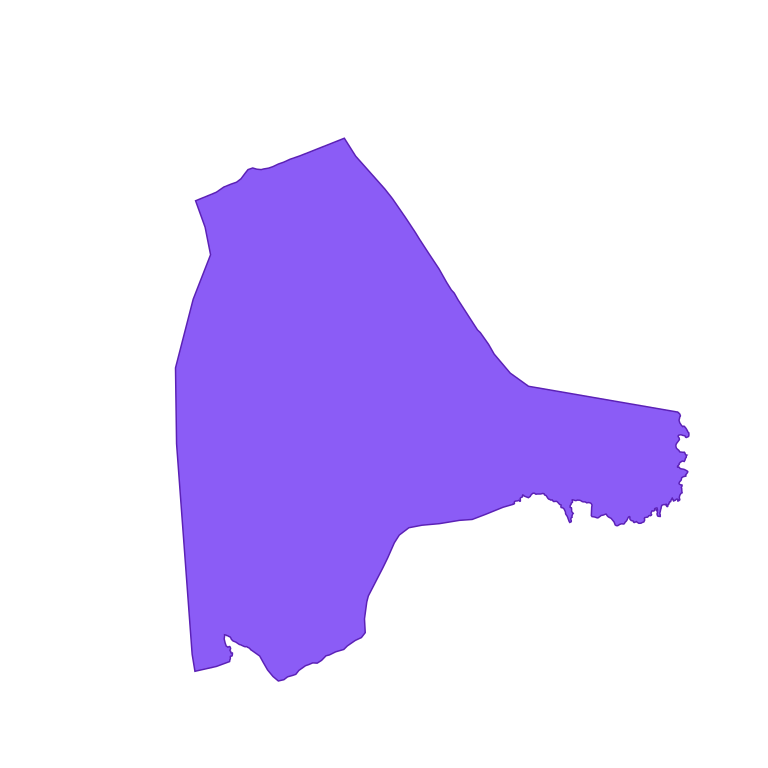 Yahukimo, Papua, Indonesia, rotated 71°
{"feature_id": "22746128B87177062694316", "entity_name": "Yahukimo", "entity_type": "district", "adm_level": 2, "iso_a3": "IDN", "parent_name": "Indonesia", "parent_adm1": "Papua", "projection": "albers", "projection_center": [140.01, -4.389], "detail": "fine", "context": "isolated", "style": "filled", "palette": "violet", "viewbox_px": 768, "rotation_deg": 71, "n_neighbors": 0, "source": "geoboundaries", "source_scale": "gbopen_adm2", "svg_char_len": 6158}
<svg xmlns="http://www.w3.org/2000/svg" viewBox="0 0 768 768"><g transform="rotate(71 384 384)"><path d="M373.0,599.6L577.1,653.4L594.1,656.3L596.5,634.3L596.2,620.4L595.5,619.9L594.7,619.7L594.0,618.9L593.2,618.5L592.2,618.3L591.5,617.9L591.4,617.5L591.7,616.6L591.6,616.2L590.8,615.6L589.1,614.9L588.8,615.1L588.8,615.8L588.6,616.1L588.2,616.2L586.8,616.0L586.0,616.5L585.5,616.3L584.7,615.5L584.1,615.1L582.8,615.1L582.1,615.3L581.8,615.8L582.1,617.3L581.1,617.9L580.5,618.5L576.9,618.5L573.0,618.1L570.0,616.6L569.2,616.4L570.0,615.0L570.5,614.8L571.0,613.9L572.1,613.0L573.0,611.9L574.4,611.5L575.4,611.5L577.4,610.7L578.2,610.0L579.7,608.2L583.2,605.6L584.1,604.2L584.7,603.7L586.7,601.6L587.3,600.7L587.4,599.8L587.7,599.2L588.5,598.8L589.2,597.9L590.3,597.1L592.1,596.4L592.9,595.7L600.7,590.1L607.5,588.9L616.4,587.2L624.4,584.2L630.4,580.6L631.0,574.9L629.5,570.5L629.8,565.4L629.8,561.9L627.1,557.7L624.8,549.9L624.8,546.4L624.5,542.2L626.2,538.0L625.0,533.0L622.1,527.3L622.4,523.8L621.5,516.9L621.9,508.4L619.7,503.9L617.1,494.6L616.4,487.9L613.0,482.7L599.7,478.9L584.4,471.2L579.3,467.8L557.2,444.7L549.7,437.2L537.5,425.9L531.8,418.7L528.0,407.3L529.9,394.0L534.1,377.0L537.5,357.0L540.8,344.7L540.3,330.0L539.3,311.5L539.8,301.7L539.5,301.2L539.7,300.7L539.8,300.7L539.8,300.3L539.5,299.6L538.1,299.3L537.7,298.7L537.5,298.0L538.0,295.6L537.9,294.4L538.0,294.2L539.1,293.8L539.2,293.5L539.1,293.2L538.1,292.8L536.6,292.5L536.1,292.0L535.8,289.9L535.5,289.7L534.4,289.3L534.1,288.9L534.7,288.2L535.6,287.9L538.5,284.5L537.9,282.4L536.9,281.3L535.8,279.1L536.0,277.8L536.5,277.1L537.2,276.7L537.7,276.2L537.9,274.9L539.0,271.7L539.2,269.4L540.0,268.3L540.7,268.4L541.4,268.1L541.9,267.3L542.7,266.9L545.3,266.3L546.4,265.8L546.9,265.3L547.1,264.8L547.7,264.4L548.2,263.9L548.2,263.1L548.5,262.6L549.7,262.3L550.4,261.8L550.9,259.7L551.2,259.0L552.0,258.4L555.1,257.1L555.9,256.0L556.7,256.2L557.8,256.8L558.6,256.6L558.9,255.8L559.6,255.1L560.4,254.6L561.2,254.4L563.9,254.1L564.9,254.3L565.6,254.5L566.3,254.5L569.0,253.8L574.3,253.7L575.4,253.4L575.2,251.9L574.8,251.6L574.1,251.4L572.6,251.4L572.1,251.1L571.3,250.2L571.3,249.6L569.9,249.2L568.4,248.0L568.0,247.2L565.6,248.1L563.3,247.3L562.0,247.1L561.7,247.7L560.9,248.2L560.1,247.7L559.4,247.5L559.1,246.8L558.6,246.2L558.0,246.0L557.5,245.6L557.4,244.6L556.9,244.1L555.3,244.0L554.8,243.7L555.0,243.1L556.5,241.1L556.8,240.1L556.7,239.0L557.6,236.8L558.6,235.7L559.7,234.9L560.3,234.0L560.7,232.8L561.1,232.0L562.4,231.0L562.6,229.4L563.4,227.9L564.3,227.1L565.4,226.8L566.4,226.8L568.0,227.7L575.9,230.8L577.1,230.5L578.2,228.3L580.0,226.0L580.2,225.3L580.1,224.4L579.7,223.6L579.5,222.6L579.0,221.6L579.3,219.4L579.2,216.6L579.6,216.1L580.9,216.0L582.1,215.5L583.0,214.9L585.0,213.0L589.3,211.4L592.5,211.3L593.4,210.6L593.9,209.8L594.0,209.0L593.5,206.8L593.5,205.1L593.7,204.4L594.3,203.4L594.4,202.5L594.1,202.0L593.2,201.0L592.6,199.7L592.0,198.8L589.6,196.4L589.3,195.8L589.2,195.3L589.3,195.1L589.8,194.8L591.4,195.4L592.2,195.4L593.6,194.7L594.6,193.1L595.8,193.0L596.3,192.7L596.5,192.2L596.2,191.6L596.5,190.9L596.3,190.1L597.2,189.6L598.7,188.4L599.3,186.3L599.0,184.8L599.0,183.2L597.5,181.8L595.8,181.6L595.2,181.0L595.4,180.4L595.4,179.3L595.7,178.2L595.5,177.6L594.7,176.3L594.8,175.7L595.3,174.9L595.1,173.9L594.6,173.5L593.6,173.7L593.0,173.6L591.5,172.2L591.2,171.8L591.9,170.5L591.8,169.7L591.1,168.9L590.4,168.9L590.2,168.8L589.9,168.2L589.9,167.7L590.0,166.3L590.6,166.2L591.5,166.4L592.2,166.4L592.2,166.7L591.6,167.4L591.6,167.8L592.9,167.2L594.1,167.2L594.6,167.3L595.7,168.2L597.5,168.3L598.2,168.0L598.6,167.3L599.2,166.0L599.0,165.8L598.4,165.8L597.8,165.4L596.4,165.4L595.9,165.2L594.2,164.1L592.8,163.3L591.8,162.5L590.9,162.1L589.2,160.9L589.0,159.0L589.5,157.7L589.8,157.2L589.5,156.7L589.5,156.4L589.9,156.2L590.7,156.7L591.6,156.5L592.1,156.2L592.2,155.8L591.9,155.4L590.9,155.0L590.6,154.5L590.4,153.9L589.7,153.7L589.3,152.8L588.5,152.5L588.4,152.3L588.6,151.5L588.5,151.2L587.3,150.4L585.7,148.6L585.9,148.5L586.7,148.8L587.3,148.2L588.0,148.5L588.9,148.3L589.0,148.1L588.6,147.5L588.8,146.5L588.2,145.4L588.1,145.0L588.4,144.1L589.0,143.6L590.0,144.3L590.4,144.2L590.3,143.1L589.8,142.0L587.3,141.7L585.6,140.6L584.2,138.9L584.0,138.4L583.9,137.5L582.8,137.4L579.6,136.5L578.7,136.6L578.2,136.2L577.5,135.4L577.0,135.2L576.5,135.1L576.3,135.3L576.4,135.8L575.0,137.2L574.3,137.5L573.7,137.2L572.8,136.4L571.8,134.5L571.3,134.1L569.5,133.0L569.1,131.0L569.4,128.6L569.1,128.4L568.7,128.6L568.3,128.5L566.5,125.8L565.8,125.3L565.4,125.4L564.9,125.7L562.7,127.7L562.0,128.7L561.0,130.6L560.3,131.5L558.5,132.2L558.4,132.4L558.5,132.9L558.3,133.4L558.1,133.5L557.3,133.2L556.2,131.1L555.6,131.0L554.9,130.1L554.5,129.3L554.0,127.2L554.1,126.7L555.0,125.4L554.8,125.1L554.5,124.9L554.0,124.2L552.3,123.1L551.9,122.2L550.7,121.7L550.4,121.3L550.1,121.5L549.8,121.4L549.7,121.0L549.2,121.7L548.7,121.9L546.8,122.0L546.1,122.4L546.1,123.2L545.1,125.2L545.0,125.7L544.3,126.5L542.8,126.8L540.6,128.1L539.7,128.4L538.0,128.3L537.0,128.0L536.0,127.3L535.3,126.5L532.8,122.8L531.3,122.5L530.0,122.9L529.4,123.0L528.7,122.6L528.4,122.1L528.5,120.4L528.8,119.5L529.9,118.2L530.5,117.1L531.3,116.2L531.7,116.1L532.4,116.2L533.0,115.6L532.9,113.7L532.7,113.1L532.2,112.6L531.5,112.4L530.6,111.9L529.8,111.9L529.4,111.7L527.9,112.4L527.0,112.3L526.3,112.6L525.9,112.5L523.9,113.0L522.1,113.7L521.6,114.0L521.4,114.7L521.6,115.0L521.6,115.4L520.0,116.2L516.8,117.0L514.2,116.8L512.8,115.8L511.6,115.2L511.1,114.5L510.6,114.1L508.7,114.1L507.5,114.8L506.9,114.8L506.8,115.2L506.0,115.6L505.7,116.3L433.2,248.1L414.8,261.1L391.6,270.1L380.6,272.2L366.8,276.2L363.3,278.0L328.5,286.6L320.9,288.0L317.0,289.7L308.3,291.7L293.1,294.5L274.6,299.3L258.6,303.3L251.0,305.0L233.6,309.5L211.4,315.7L199.7,319.8L159.4,336.6L138.7,341.5L140.9,389.7L140.9,399.7L141.6,406.8L141.6,412.2L142.3,418.2L142.3,422.9L141.5,427.7L141.3,430.3L139.5,434.3L137.0,437.8L137.0,442.8L139.5,446.7L143.4,452.4L145.2,457.8L145.2,463.5L145.6,471.3L148.1,480.2L149.4,502.5L177.5,502.1L205.3,505.9L241.7,536.8L300.9,575.9L373.0,599.6Z" fill="#8b5cf6" stroke="#5b21b6" stroke-width="1.5"/></g></svg>